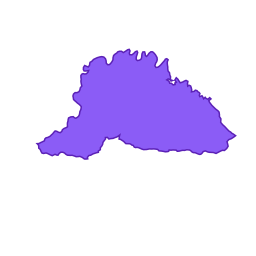 the district of Ribeirãozinho, Mato Grosso, Brazil, rotated 233°
{"feature_id": "56859067B204587652476", "entity_name": "Ribeirãozinho", "entity_type": "district", "adm_level": 2, "iso_a3": "BRA", "parent_name": "Brazil", "parent_adm1": "Mato Grosso", "projection": "natural_earth1", "projection_center": [-52.747, -16.459], "detail": "fine", "context": "isolated", "style": "filled", "palette": "violet", "viewbox_px": 256, "rotation_deg": 233, "n_neighbors": 0, "source": "geoboundaries", "source_scale": "gbopen_adm2", "svg_char_len": 4119}
<svg xmlns="http://www.w3.org/2000/svg" viewBox="0 0 256 256"><g transform="rotate(233 128 128)"><path d="M141.1,190.9L142.3,192.0L143.4,192.9L145.0,193.2L147.1,194.4L149.4,194.3L151.4,195.4L152.8,196.5L154.4,197.3L155.9,198.2L157.3,199.3L158.3,201.1L160.0,200.7L160.5,199.3L159.9,197.9L159.2,194.5L158.7,192.2L158.5,190.2L158.6,188.4L159.5,186.8L161.5,186.9L163.1,189.1L163.7,190.8L164.9,192.4L166.8,193.6L170.0,194.0L172.0,193.9L174.0,193.5L175.1,192.2L175.0,189.7L174.2,187.4L174.0,185.9L175.3,185.5L176.9,186.4L178.8,187.1L179.8,185.6L178.8,183.8L177.4,182.5L175.8,181.0L175.1,179.6L175.3,177.9L176.2,176.1L177.7,175.8L179.0,176.7L180.1,177.8L181.0,179.2L182.5,181.2L184.0,181.5L184.5,179.8L184.1,177.4L184.1,175.1L185.6,173.5L187.0,174.1L188.3,176.0L190.1,176.3L190.7,174.8L190.8,172.2L191.1,169.6L193.2,169.0L194.5,167.2L195.0,165.5L194.6,164.0L194.8,162.4L194.6,160.2L193.1,158.3L191.6,157.1L190.7,155.4L190.1,153.4L189.8,151.4L190.6,150.0L192.7,149.6L194.9,151.0L196.9,151.7L199.2,151.4L200.8,150.0L201.7,148.3L202.7,145.7L203.1,143.8L203.5,141.7L203.0,139.1L203.3,137.2L202.3,136.0L201.3,135.1L200.7,133.0L202.4,131.9L204.0,131.0L203.2,128.9L201.5,127.5L200.0,127.3L198.8,128.7L197.6,131.1L196.6,129.5L196.4,127.3L197.1,126.0L198.5,124.8L198.8,123.3L198.2,121.9L196.5,120.7L195.0,119.9L193.9,118.7L192.6,117.9L190.7,117.0L189.3,116.4L188.8,114.1L187.5,112.7L186.5,110.8L186.9,108.6L188.1,107.0L187.9,104.9L186.7,103.3L185.2,102.6L183.6,101.7L182.3,101.8L180.7,102.2L178.4,102.6L176.4,103.2L174.6,103.5L173.1,103.5L171.2,101.6L170.0,99.4L168.6,98.0L167.7,96.9L167.1,95.5L167.0,93.8L167.3,92.1L168.4,91.4L170.0,91.1L171.3,89.0L171.8,86.6L170.8,85.3L169.6,84.2L168.7,82.9L167.7,82.0L166.5,81.2L165.4,80.4L165.5,78.8L166.1,76.8L166.1,74.6L165.1,73.0L165.1,71.0L166.5,69.9L168.3,69.1L169.5,68.0L169.2,66.1L168.7,64.4L168.6,62.7L168.3,60.9L168.7,58.4L169.5,56.6L169.3,55.0L168.1,53.5L168.5,51.3L168.9,49.5L169.2,47.5L170.2,46.0L168.1,46.2L166.9,45.5L165.6,44.6L163.7,45.0L161.9,44.5L159.8,44.2L158.5,45.2L157.4,47.5L156.1,48.4L153.7,49.6L151.5,50.8L150.9,53.9L149.5,54.6L148.4,55.7L149.1,57.7L149.1,59.8L147.8,61.4L146.1,62.3L144.6,62.5L142.8,63.2L140.9,65.4L139.8,67.0L137.5,68.6L136.3,69.3L135.3,70.8L134.3,72.5L132.0,73.8L129.5,74.5L128.4,75.9L127.6,77.3L129.0,77.9L129.6,80.1L128.7,81.9L128.4,84.4L127.3,87.7L126.4,89.7L127.5,90.5L127.3,92.8L128.9,94.1L129.4,96.2L130.2,97.9L131.6,99.4L132.1,101.0L132.8,103.4L134.0,104.2L132.9,105.9L130.7,106.1L130.0,107.7L128.7,109.8L128.1,112.1L127.6,113.5L127.4,115.1L127.4,117.2L126.2,115.7L124.5,114.2L123.4,115.2L121.7,115.8L119.8,116.5L118.5,116.6L116.8,116.9L115.5,118.5L114.6,119.7L113.4,120.5L112.0,120.8L111.0,121.7L109.0,121.5L107.8,122.3L107.1,123.6L105.8,124.7L104.4,125.5L102.9,126.3L101.3,127.5L99.6,130.0L98.4,132.5L97.0,134.2L95.8,136.0L94.5,137.4L93.1,138.8L91.1,139.0L89.3,141.0L87.7,142.5L86.6,143.4L85.6,144.9L84.9,146.4L85.7,147.6L84.4,149.0L83.4,150.7L82.2,152.1L81.3,153.2L79.8,153.3L78.7,155.0L78.0,156.8L77.3,158.2L76.1,159.7L75.2,161.9L73.3,164.0L71.8,164.5L70.3,164.7L69.1,165.3L67.8,166.8L65.7,168.0L64.0,169.1L63.2,170.3L63.3,172.0L63.9,173.9L63.2,175.9L60.7,177.4L59.7,178.3L58.5,179.7L57.1,181.4L54.7,183.0L53.8,188.4L53.3,190.1L52.0,191.5L52.2,194.5L53.2,197.0L55.6,198.1L57.5,198.8L58.1,201.4L57.3,204.1L57.1,207.1L57.1,209.3L60.0,208.4L61.5,207.7L62.8,207.6L64.8,206.8L67.0,206.5L71.0,206.1L73.5,205.6L76.7,205.4L79.4,207.7L82.2,207.9L83.5,209.0L85.9,210.3L87.6,210.2L90.4,209.4L95.6,208.6L96.9,208.6L99.6,208.6L101.2,209.0L101.3,211.8L103.1,211.5L102.9,209.1L104.7,208.1L106.1,208.1L105.8,206.0L107.9,206.4L109.2,206.5L109.9,204.2L111.3,204.7L112.2,206.2L113.5,206.2L114.9,205.6L116.3,205.6L117.7,204.5L117.4,203.0L118.7,200.4L120.2,201.9L122.2,202.8L123.9,203.3L125.4,202.5L125.5,200.9L127.5,202.1L129.2,203.9L131.1,203.0L131.6,201.0L131.8,199.3L132.7,196.9L134.9,197.0L137.0,197.2L139.1,196.8L138.1,194.2L135.5,194.2L135.7,192.5L134.4,191.8L135.2,190.0L137.6,189.6L138.6,188.3L140.8,188.9L143.1,187.9L143.0,189.6L141.1,190.9ZM141.1,190.9L139.6,190.6L139.1,192.2L141.1,190.9Z" fill="#8b5cf6" stroke="#5b21b6" stroke-width="1.5"/></g></svg>